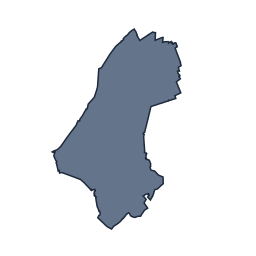 Oost Gelre, Gelderland, Netherlands (Equal Earth projection), rotated 117°
{"feature_id": "6326949B14746405768103", "entity_name": "Oost Gelre", "entity_type": "district", "adm_level": 2, "iso_a3": "NLD", "parent_name": "Netherlands", "parent_adm1": "Gelderland", "projection": "equal_earth", "projection_center": [6.593, 52.015], "detail": "fine", "context": "isolated", "style": "filled", "palette": "slate", "viewbox_px": 256, "rotation_deg": 117, "n_neighbors": 0, "source": "geoboundaries", "source_scale": "gbopen_adm2", "svg_char_len": 4899}
<svg xmlns="http://www.w3.org/2000/svg" viewBox="0 0 256 256"><g transform="rotate(117 128 128)"><path d="M183.7,184.7L183.7,184.3L183.7,184.0L183.6,183.4L183.6,183.2L183.4,182.8L183.2,182.7L182.8,182.4L182.6,182.1L186.1,181.6L186.5,181.4L186.7,181.2L187.1,180.8L188.2,179.4L188.4,179.1L188.5,179.0L189.6,177.7L189.8,177.4L189.9,176.9L189.9,176.7L190.0,176.6L190.2,176.2L191.0,176.3L191.3,176.3L191.8,175.9L191.9,176.0L192.3,175.6L192.3,175.4L193.7,174.3L193.7,174.2L194.6,173.5L195.1,173.1L197.0,171.5L198.0,170.8L197.0,169.9L197.6,169.7L197.8,169.6L198.2,169.3L198.3,169.3L198.6,169.0L199.2,168.5L198.4,167.6L197.7,166.7L196.1,153.0L195.8,150.1L195.5,147.1L195.4,147.1L195.7,146.0L196.2,144.0L196.6,142.3L197.7,139.4L198.4,137.4L198.6,136.7L199.5,134.3L200.1,133.1L199.5,132.8L200.2,132.4L200.3,132.2L199.8,131.8L199.5,131.6L199.3,131.5L199.1,131.2L198.7,131.0L198.6,130.6L198.4,130.4L198.4,130.2L198.3,129.9L197.9,129.8L197.8,129.7L198.0,129.3L198.3,129.2L198.7,129.1L198.9,128.9L198.8,128.6L199.0,128.5L199.7,128.7L200.1,129.0L200.4,129.1L201.9,128.4L202.2,128.2L202.3,128.0L202.2,127.9L202.1,127.7L202.7,127.6L203.2,127.7L203.5,127.2L203.8,127.0L203.8,126.9L203.7,126.6L203.3,126.4L203.6,125.8L204.0,125.5L204.0,125.4L204.1,125.5L207.2,123.4L212.0,119.8L213.6,117.8L215.3,116.1L214.9,115.9L215.0,115.5L215.3,115.3L215.5,115.0L216.3,114.5L216.8,113.9L217.1,113.8L217.2,113.7L217.6,113.7L218.0,113.7L218.3,113.6L218.9,113.9L219.3,114.3L221.8,114.1L222.1,112.9L222.3,112.3L222.9,110.2L223.0,110.0L224.0,106.3L224.6,104.6L224.7,104.2L225.4,101.6L225.5,96.7L222.2,96.2L217.6,93.6L216.2,93.0L214.2,92.2L213.7,92.1L212.5,91.9L212.4,92.0L211.4,91.5L211.1,91.5L210.5,91.3L210.1,91.2L210.3,91.1L207.4,90.4L207.2,90.5L206.6,90.5L203.9,89.4L203.7,89.2L203.2,89.0L203.2,88.9L203.2,88.6L203.2,88.4L204.6,86.4L204.9,86.1L205.0,85.9L205.1,84.9L205.0,83.9L205.0,83.2L204.9,83.2L204.9,82.7L204.9,82.4L204.3,80.9L204.2,80.8L203.7,80.4L203.0,80.0L202.9,79.9L202.1,78.7L201.6,78.3L201.1,77.1L201.0,76.9L200.9,76.9L200.8,76.7L198.3,76.6L196.8,76.4L195.3,76.1L194.9,76.1L194.4,76.1L194.1,76.1L193.6,75.9L190.5,74.1L189.2,76.4L188.9,77.0L187.4,79.7L183.6,79.4L183.4,79.4L181.6,83.6L181.3,83.2L181.2,83.1L179.6,82.6L179.5,82.4L177.3,80.2L177.8,79.9L177.7,79.9L177.4,79.4L177.6,79.1L177.8,78.9L178.0,78.8L180.7,79.1L182.0,75.3L176.9,75.3L177.0,75.2L175.4,75.4L175.0,75.4L174.7,75.5L171.2,76.1L170.9,76.1L170.6,76.0L169.0,74.1L168.8,74.0L163.9,72.3L163.6,72.2L161.7,71.3L155.8,74.5L155.9,76.3L155.9,76.5L155.9,76.8L156.0,77.5L156.1,79.3L156.1,79.6L156.0,79.9L155.7,80.7L154.4,84.2L154.3,84.5L154.3,84.8L154.3,85.1L154.9,87.4L155.2,88.7L155.3,88.7L155.0,88.8L153.6,89.8L153.2,90.4L153.1,90.5L152.8,90.6L151.8,90.4L151.7,90.7L151.5,90.8L151.4,90.9L149.9,91.4L149.5,91.6L148.6,92.8L148.3,93.1L148.1,93.3L147.7,93.5L147.5,94.0L147.2,94.6L147.0,94.8L147.5,97.1L147.2,97.1L146.8,97.6L146.7,97.7L147.1,97.9L147.3,98.4L146.7,98.7L146.1,98.9L142.6,99.7L142.8,100.0L142.5,100.1L142.4,100.3L142.1,100.5L142.3,100.7L142.4,100.8L142.5,100.9L142.4,101.2L142.3,101.4L142.3,101.8L142.2,102.0L141.9,102.1L142.0,102.5L141.0,102.7L139.4,103.6L134.5,106.6L128.6,110.1L126.3,110.7L126.3,111.1L126.4,111.7L125.2,112.0L124.7,111.8L124.5,111.4L124.4,111.3L124.3,111.2L110.1,114.5L98.5,117.3L97.9,116.8L94.4,113.2L92.1,111.0L90.5,109.3L89.3,108.1L89.2,108.1L85.6,104.4L85.4,104.4L85.5,104.3L85.3,104.2L80.0,98.8L77.9,100.9L72.7,96.9L64.9,105.9L60.4,103.7L59.2,105.9L58.1,105.3L57.3,106.1L57.7,106.6L56.6,107.7L56.7,108.0L55.0,109.7L53.9,108.0L51.1,110.7L48.3,109.0L46.1,111.0L45.9,110.9L44.7,112.1L37.9,119.6L35.4,122.3L33.9,121.5L33.9,121.3L33.0,121.1L32.0,122.3L31.9,122.3L30.5,123.9L30.6,124.1L30.5,124.3L30.6,124.6L30.7,124.8L30.9,124.9L32.2,125.5L32.0,125.8L32.9,126.2L31.7,127.4L32.5,127.9L31.4,128.8L33.5,130.1L32.8,130.2L32.8,130.4L32.8,131.5L33.7,132.8L34.3,134.3L36.0,136.1L32.1,137.5L31.4,137.8L31.8,138.6L32.1,138.9L37.5,143.6L30.5,146.8L31.2,148.2L31.2,149.5L35.8,152.3L35.9,152.2L41.6,155.5L43.6,156.6L43.9,156.8L44.4,157.2L44.6,157.2L41.5,162.1L41.1,161.9L38.7,164.6L38.4,165.1L37.9,166.1L37.0,167.4L37.6,167.7L38.9,168.6L42.4,170.2L42.6,170.2L44.2,170.5L44.9,170.6L45.3,170.8L45.8,170.9L47.1,171.6L48.3,172.1L49.4,172.5L50.7,172.7L51.2,172.1L54.3,173.3L54.2,173.4L55.1,173.4L55.1,173.7L60.8,176.0L69.8,177.5L70.3,177.6L78.4,178.3L80.2,178.5L86.3,179.0L88.0,180.5L88.5,180.9L105.3,173.8L109.4,173.0L112.0,172.6L115.7,172.0L115.9,172.0L121.3,173.4L121.6,173.5L124.7,174.3L128.9,173.2L129.3,173.2L130.0,173.3L130.5,173.5L130.9,173.7L130.7,173.9L138.1,174.2L141.5,174.8L142.6,174.7L143.6,174.3L143.7,174.5L143.9,174.6L144.2,175.8L147.0,175.7L147.7,175.6L148.4,175.5L149.2,175.4L150.6,175.7L160.0,177.4L165.8,178.3L169.6,178.8L175.0,179.6L178.1,180.7L179.5,181.3L181.8,183.3L182.0,183.5L182.3,183.6L182.2,183.7L182.7,184.1L183.0,184.2L183.2,184.4L183.7,184.7L183.7,184.7Z" fill="#64748b" stroke="#1e293b" stroke-width="1.5"/></g></svg>